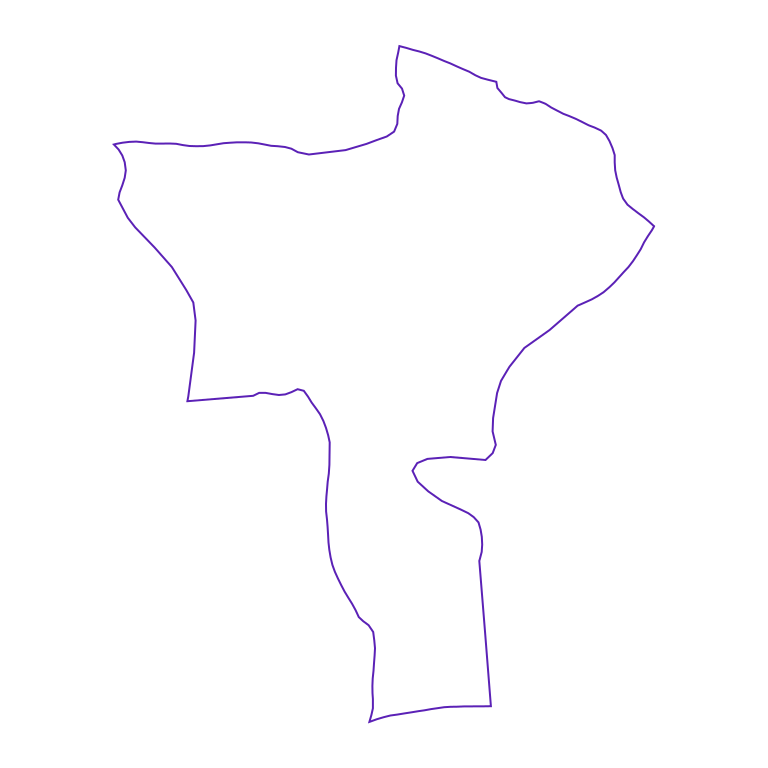 outline of Ar Rawdah, Shabwah, Yemen
{"feature_id": "15242507B21642495199859", "entity_name": "Ar Rawdah", "entity_type": "district", "adm_level": 2, "iso_a3": "YEM", "parent_name": "Yemen", "parent_adm1": "Shabwah", "projection": "natural_earth1", "projection_center": [47.316, 14.501], "detail": "fine", "context": "isolated", "style": "outline", "palette": "violet", "viewbox_px": 768, "rotation_deg": 0, "n_neighbors": 0, "source": "geoboundaries", "source_scale": "gbopen_adm2", "svg_char_len": 3231}
<svg xmlns="http://www.w3.org/2000/svg" viewBox="0 0 768 768"><path d="M187.5,401.2L253.2,395.8L259.1,392.9L265.7,392.9L272.4,394.1L278.9,395.0L285.3,394.4L291.5,392.1L297.6,389.2L303.8,390.8L308.0,396.6L311.6,402.5L315.8,408.2L320.0,414.2L323.4,421.0L326.0,427.9L328.2,435.4L329.7,442.4L329.6,449.9L329.5,457.2L329.4,465.0L328.8,473.7L327.7,481.7L327.1,488.9L326.4,496.5L326.0,503.8L326.1,511.5L327.0,519.5L327.6,527.0L328.1,535.2L328.5,542.5L329.3,549.7L330.6,557.4L332.4,564.9L334.9,571.8L337.9,578.4L341.3,585.3L344.6,591.6L348.3,597.7L352.1,603.8L355.6,610.2L358.8,617.1L363.2,621.2L368.6,625.2L373.2,632.0L374.3,640.6L375.0,648.3L374.6,655.6L374.0,663.5L373.5,670.9L372.7,678.6L372.4,685.9L372.5,693.2L372.9,699.0L372.9,708.3L371.4,715.0L369.4,721.9L370.3,721.6L376.9,719.2L383.7,717.2L390.4,715.5L397.1,714.6L404.5,713.4L411.6,712.3L418.3,711.2L424.5,710.3L431.1,709.1L437.4,708.2L444.2,707.2L450.7,706.8L457.2,706.7L464.3,706.4L470.8,706.4L477.2,706.3L484.5,706.3L490.9,706.2L485.2,634.0L479.3,560.9L479.8,559.2L481.7,551.9L482.2,544.6L481.8,536.8L480.6,529.6L478.5,522.4L473.7,517.1L468.3,513.2L461.5,509.9L441.9,501.0L428.3,491.4L417.7,481.7L412.5,470.8L417.2,463.1L427.4,458.9L450.2,457.0L468.0,458.5L485.5,460.0L492.7,453.1L495.8,444.9L492.6,431.4L493.1,418.1L497.1,393.0L501.0,380.9L506.7,371.3L509.5,366.7L524.4,347.9L549.6,330.0L577.7,305.6L579.2,305.0L585.5,302.2L591.9,299.3L598.1,295.8L603.7,292.1L609.5,287.1L614.4,282.4L619.0,277.3L623.7,272.1L628.4,267.1L633.0,261.1L636.9,255.2L640.7,249.2L644.1,242.3L647.8,236.3L651.9,230.2L654.1,226.3L654.1,226.2L653.9,226.1L648.9,221.5L643.8,217.2L642.0,215.9L638.3,213.2L633.6,209.6L632.9,209.1L627.5,204.7L623.2,198.7L622.5,197.0L620.7,192.1L620.0,189.5L618.7,184.7L617.2,179.4L616.7,177.7L615.6,172.3L615.2,170.4L614.7,162.4L614.7,159.7L614.7,155.1L612.5,148.1L609.5,141.1L606.0,135.0L601.9,131.3L600.9,130.5L594.5,127.5L590.5,126.0L588.5,125.2L586.5,124.2L582.0,121.9L575.7,118.8L569.3,116.1L568.8,115.9L563.3,113.8L558.7,111.4L557.5,110.8L551.2,107.5L545.5,103.8L545.2,103.7L543.6,103.0L539.2,101.3L538.8,101.3L532.9,102.8L530.2,103.1L526.4,103.4L524.0,102.9L520.1,102.1L515.3,100.7L513.8,100.3L509.0,99.1L505.0,97.2L501.8,93.2L497.4,88.0L496.3,81.8L487.8,79.7L481.1,77.9L475.9,75.5L475.1,75.1L469.2,71.7L462.5,68.9L456.6,66.3L450.3,63.4L444.2,61.0L437.9,58.3L431.8,55.8L425.6,53.4L419.4,51.5L413.0,49.9L406.3,47.9L399.4,46.1L398.2,52.5L396.5,60.2L396.0,67.8L395.9,75.6L397.6,83.3L402.0,88.6L404.2,95.6L401.9,102.4L399.0,108.9L397.7,116.0L397.3,123.9L394.1,131.6L386.8,136.5L376.9,140.0L366.5,143.9L345.6,150.1L308.9,154.5L297.8,152.2L291.4,148.7L285.0,147.0L277.6,146.2L271.1,145.8L264.5,144.5L258.2,143.3L251.2,142.5L244.5,142.3L237.4,142.3L230.6,142.7L223.6,143.2L216.9,144.3L210.3,145.4L203.4,146.1L196.3,146.2L189.5,146.0L183.0,145.1L176.2,143.8L169.3,143.5L162.0,143.6L155.5,143.6L149.1,143.0L142.7,142.2L136.2,141.6L129.2,141.9L122.6,142.7L116.2,143.9L113.9,144.5L118.6,149.5L122.3,155.5L124.7,162.2L125.8,170.4L124.7,177.8L122.3,185.3L119.6,192.4L118.2,199.7L127.8,217.8L135.2,227.4L154.6,247.5L171.9,267.1L186.3,290.1L193.3,302.5L195.6,320.5L194.1,352.8L193.7,355.7L188.3,396.4L187.4,401.2L187.5,401.2Z" fill="none" stroke="#5b21b6" stroke-width="2"/></svg>